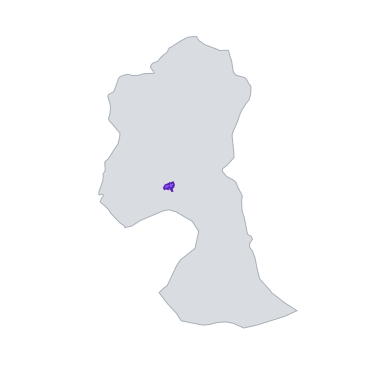 location of Siguldas pag., Siguldas, Latvia, rotated 251°
{"feature_id": "27541924B22420925949574", "entity_name": "Siguldas pag.", "entity_type": "district", "adm_level": 2, "iso_a3": "LVA", "parent_name": "Latvia", "parent_adm1": "Siguldas", "projection": "mercator", "projection_center": [24.897, 57.148], "detail": "fine", "context": "in_parent", "style": "filled", "palette": "violet", "viewbox_px": 384, "rotation_deg": 251, "n_neighbors": 0, "source": "geoboundaries", "source_scale": "gbopen_adm2", "svg_char_len": 4235}
<svg xmlns="http://www.w3.org/2000/svg" viewBox="0 0 384 384"><g transform="rotate(251 192 192)"><path d="M273.6,282.1L271.5,281.7L265.7,279.5L260.7,276.1L257.8,271.5L252.7,265.3L249.4,262.2L244.1,258.2L235.3,250.1L232.2,248.2L216.6,244.6L211.0,243.0L205.8,233.7L204.1,228.4L201.6,227.4L198.8,228.5L195.7,229.6L188.7,235.9L186.5,236.8L182.1,236.9L172.0,238.3L167.3,236.0L159.3,233.5L154.9,233.1L151.1,233.1L134.0,230.7L130.8,233.4L127.7,233.9L124.6,229.7L120.8,228.5L116.6,229.9L108.9,230.1L99.8,228.8L88.3,227.7L86.6,228.2L73.7,233.7L70.6,234.6L56.6,243.9L45.6,252.6L44.3,238.7L45.0,210.6L46.6,196.6L54.3,188.4L58.1,182.0L60.4,173.4L61.0,165.5L62.6,158.9L73.7,139.9L82.4,137.8L94.3,132.5L107.6,128.1L110.2,133.7L111.5,138.0L127.5,153.6L131.5,158.8L137.7,176.5L152.5,185.5L164.2,182.7L169.2,178.3L178.6,170.3L182.7,164.4L183.6,158.7L181.9,134.2L179.4,123.5L180.2,116.8L181.9,117.2L185.9,114.0L198.9,108.0L201.5,107.7L204.4,106.5L212.7,101.9L215.3,104.3L217.5,107.1L218.7,107.1L219.3,106.1L219.1,104.3L219.7,103.1L222.1,103.8L231.6,111.3L235.2,113.0L237.7,113.5L240.7,117.0L248.8,119.3L249.8,121.2L250.4,123.4L258.0,132.9L261.4,137.6L268.2,141.9L271.1,143.0L282.9,138.5L286.2,137.0L288.9,137.0L291.6,139.3L298.0,142.4L303.7,143.4L304.7,143.2L309.6,143.5L311.3,144.7L312.4,150.7L317.9,155.4L323.0,159.3L324.3,161.1L324.7,164.6L324.4,168.6L323.7,170.7L321.6,173.1L319.8,179.2L319.5,185.0L316.6,194.9L317.2,195.1L323.4,193.3L325.1,194.3L326.5,196.5L326.9,202.8L329.0,205.6L331.0,209.9L331.7,213.3L335.6,217.4L335.9,220.0L338.3,229.2L339.2,234.5L339.7,238.6L338.5,243.7L337.4,247.2L336.2,247.0L332.7,248.0L327.1,252.2L318.8,262.1L316.7,264.3L314.5,271.8L314.0,272.5L309.1,272.2L307.8,272.0L303.0,272.1L292.4,270.2L288.3,271.5L283.0,279.1L280.9,280.2L274.7,281.2L273.6,282.1Z" fill="#d9dde1" stroke="#a8b0b8" stroke-width="1"/><path d="M199.3,173.9L199.5,173.8L199.7,173.7L199.8,173.7L200.1,173.7L200.3,173.6L200.5,173.5L200.7,173.4L200.8,173.4L200.7,173.5L200.9,173.6L200.9,173.9L201.0,173.9L201.2,173.7L201.3,173.9L201.5,174.2L201.6,174.3L201.9,174.3L201.9,174.5L202.0,174.7L202.4,174.7L202.4,174.9L202.4,175.1L202.5,175.2L202.5,175.4L202.5,175.6L202.6,175.8L202.7,176.0L203.0,175.7L203.3,175.5L203.5,175.4L203.7,175.5L203.5,175.8L203.6,176.1L203.8,176.1L203.9,176.3L203.9,176.5L203.9,176.8L203.9,177.0L204.0,177.1L204.3,177.0L204.5,177.0L204.8,177.2L205.3,177.4L205.5,177.4L205.5,177.5L205.8,177.4L206.1,177.3L206.3,177.3L206.7,177.3L207.0,177.2L207.2,177.3L207.3,177.4L207.4,177.2L207.5,177.1L207.6,176.9L207.6,176.7L207.4,176.6L207.2,176.4L207.1,176.2L207.2,175.9L207.0,175.7L207.2,175.3L207.3,175.1L207.2,175.0L207.4,174.8L207.5,174.8L207.5,174.6L207.5,174.3L207.7,173.9L207.8,173.8L207.7,173.6L207.4,173.4L207.5,173.4L207.3,173.1L207.3,172.9L207.2,172.8L207.0,172.7L206.9,172.5L206.8,172.4L207.0,172.2L207.2,172.4L207.2,172.5L207.3,172.5L207.4,172.4L207.2,172.2L207.5,172.1L207.2,171.2L207.3,170.3L207.3,170.0L207.4,169.8L207.3,169.7L207.2,169.3L207.1,169.0L207.0,168.9L207.0,168.7L206.9,168.6L206.5,168.2L206.4,168.1L206.3,167.9L206.1,167.7L205.9,167.5L205.9,167.4L205.7,167.3L205.6,167.1L205.4,167.0L205.3,166.9L205.2,166.7L205.0,166.8L204.9,166.8L204.6,166.7L204.4,166.7L204.1,166.7L204.1,166.8L204.0,167.0L203.9,167.0L203.7,167.0L203.9,167.4L203.9,167.5L203.8,167.8L203.7,167.9L203.6,168.0L203.8,168.3L203.7,168.4L203.7,168.5L203.7,168.8L203.6,169.0L203.4,169.1L203.3,169.3L203.1,169.4L202.8,169.4L202.7,169.5L202.6,169.8L202.5,170.0L202.8,170.1L202.7,170.2L202.8,170.2L202.9,170.3L202.9,170.2L203.0,170.2L203.0,170.3L203.2,170.5L203.4,170.5L203.5,170.6L203.5,170.8L203.6,170.7L203.6,170.8L203.6,171.0L203.8,170.9L203.6,171.0L203.5,171.3L203.4,171.3L203.4,171.2L203.4,171.3L203.7,171.3L203.9,171.3L204.0,171.3L204.0,171.5L203.9,171.7L203.6,171.8L203.9,171.7L203.9,171.8L203.9,172.0L203.9,172.3L204.1,172.5L203.9,172.6L203.7,172.6L203.7,172.9L203.7,172.6L203.4,172.6L203.3,172.8L202.7,172.7L202.4,172.6L202.4,172.8L202.3,172.6L202.2,172.6L201.7,172.7L201.6,172.9L201.4,172.9L201.3,172.7L201.2,172.8L201.2,173.0L200.9,173.2L200.9,173.3L200.9,173.2L200.7,173.2L200.4,173.1L200.2,173.1L199.9,173.2L199.8,173.3L199.7,173.3L199.3,173.2L199.3,173.3L199.3,173.8L199.3,173.9Z" fill="#8b5cf6" stroke="#5b21b6" stroke-width="1.5"/></g></svg>